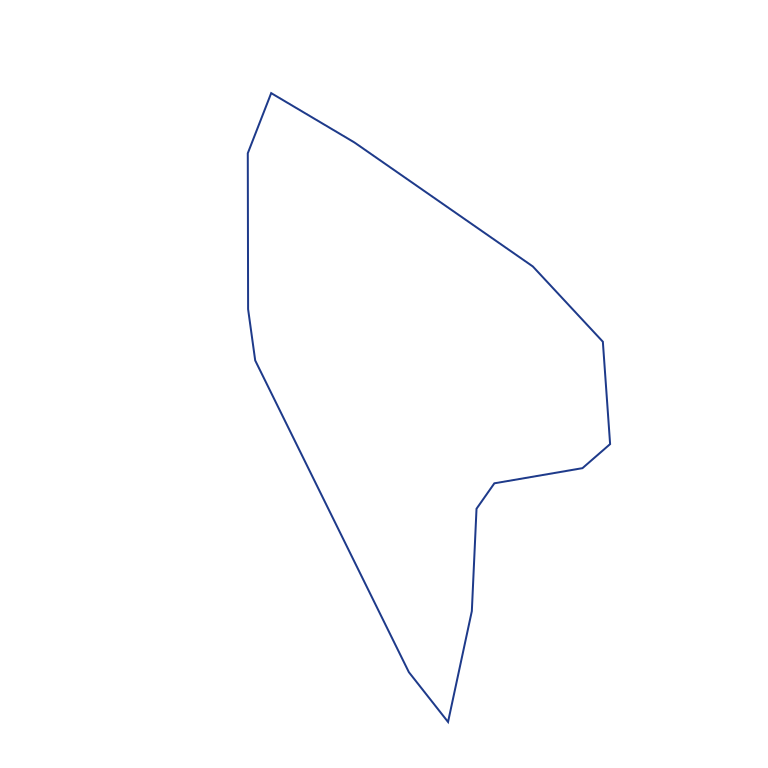 an SVG outline of Labuan, rotated 316°
{"feature_id": "MYS-4833", "entity_name": "Labuan", "entity_type": "Federal Territory", "adm_level": 1, "iso_a3": "MYS", "parent_name": "Malaysia", "parent_adm1": "", "projection": "robinson", "projection_center": [115.218, 5.32], "detail": "fine", "context": "isolated", "style": "outline", "palette": "blue", "viewbox_px": 768, "rotation_deg": 316, "n_neighbors": 0, "source": "natural_earth", "source_scale": "10m", "svg_char_len": 345}
<svg xmlns="http://www.w3.org/2000/svg" viewBox="0 0 768 768"><g transform="rotate(316 384 384)"><path d="M530.5,189.7L572.7,402.8L570.8,505.6L504.9,584.3L468.3,582.4L394.4,532.1L363.9,538.0L289.4,608.4L195.3,671.6L201.7,608.6L307.7,277.6L338.2,235.8L446.3,123.4L504.9,96.4L530.5,189.7Z" fill="none" stroke="#1e3a8a" stroke-width="2"/></g></svg>